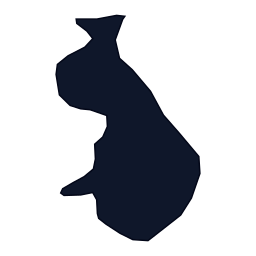 outline of Simrishamn, Skåne, Sweden
{"feature_id": "70781695B62390377140785", "entity_name": "Simrishamn", "entity_type": "district", "adm_level": 2, "iso_a3": "SWE", "parent_name": "Sweden", "parent_adm1": "Skåne", "projection": "robinson", "projection_center": [14.183, 55.612], "detail": "fine", "context": "isolated", "style": "filled", "palette": "ink", "viewbox_px": 256, "rotation_deg": 0, "n_neighbors": 0, "source": "geoboundaries", "source_scale": "gbopen_adm2", "svg_char_len": 674}
<svg xmlns="http://www.w3.org/2000/svg" viewBox="0 0 256 256"><path d="M76.2,19.1L76.8,23.4L86.8,31.0L92.8,38.6L84.8,47.2L68.1,55.8L57.4,64.4L56.1,74.4L59.4,94.9L70.1,105.4L80.7,108.8L90.1,109.7L106.8,115.5L107.4,126.5L102.8,137.0L94.7,144.2L95.4,159.0L93.4,169.0L84.1,176.7L73.4,182.5L62.7,188.7L61.6,191.0L60.7,193.0L64.0,195.4L80.7,194.9L92.7,192.5L96.7,199.7L97.4,213.6L98.7,218.4L106.1,224.2L120.1,233.3L132.8,239.6L148.0,240.6L157.1,233.5L180.7,215.0L191.4,198.1L199.9,173.5L198.8,156.5L179.5,133.5L163.4,115.1L150.5,91.3L132.3,69.8L119.5,58.3L115.2,39.9L122.7,19.3L124.8,16.3L116.6,15.4L96.8,19.1L76.2,19.1Z" fill="#0f172a" stroke="#020617" stroke-width="1.5"/></svg>